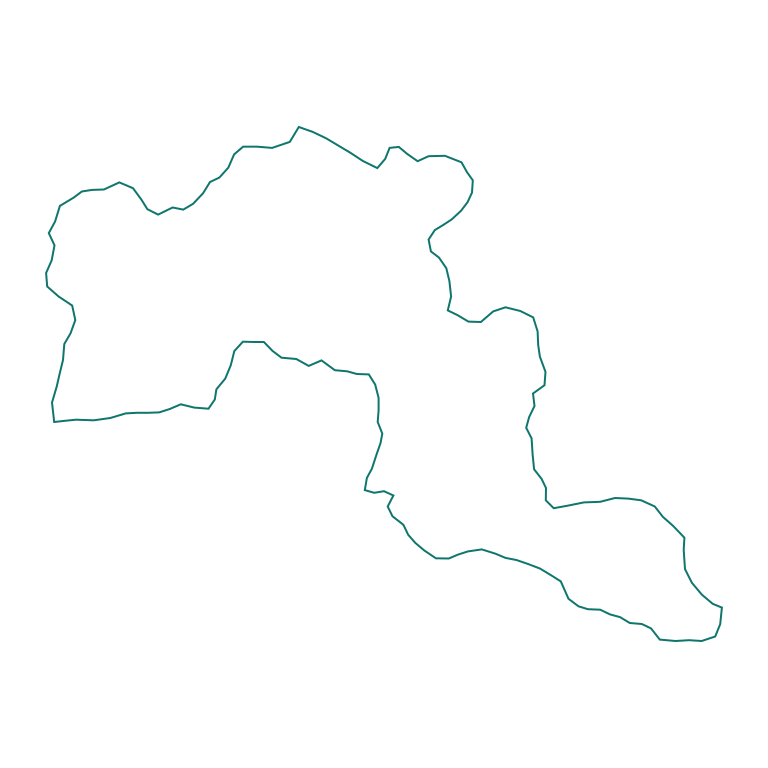 Itanhandu, Minas Gerais, Brazil (Mercator projection)
{"feature_id": "56859067B19026376287302", "entity_name": "Itanhandu", "entity_type": "district", "adm_level": 2, "iso_a3": "BRA", "parent_name": "Brazil", "parent_adm1": "Minas Gerais", "projection": "mercator", "projection_center": [-44.912, -22.329], "detail": "fine", "context": "isolated", "style": "outline", "palette": "teal", "viewbox_px": 768, "rotation_deg": 0, "n_neighbors": 0, "source": "geoboundaries", "source_scale": "gbopen_adm2", "svg_char_len": 2300}
<svg xmlns="http://www.w3.org/2000/svg" viewBox="0 0 768 768"><path d="M461.5,162.3L444.9,155.8L428.6,156.2L417.6,161.2L406.9,153.7L398.8,146.9L389.6,147.9L385.2,158.9L377.3,168.1L362.9,161.0L350.9,153.1L337.7,145.2L326.3,138.4L312.7,131.9L298.8,127.0L289.8,141.9L272.1,147.9L257.3,146.7L243.1,146.7L234.1,154.4L228.3,167.7L219.3,177.6L210.0,182.0L203.1,193.2L193.1,203.8L183.3,209.6L172.6,207.5L158.1,214.6L147.4,209.2L141.4,199.6L133.0,188.2L119.3,182.4L103.9,189.5L92.0,189.9L81.8,191.5L74.0,197.4L59.9,205.9L55.1,221.5L48.8,233.1L54.5,245.3L51.7,260.3L46.1,273.0L47.2,286.5L58.6,296.5L72.2,305.6L75.3,320.1L70.5,333.4L64.3,344.0L63.0,360.0L59.5,374.4L56.7,386.6L52.0,402.6L54.2,422.0L64.0,420.9L75.9,419.7L93.9,420.3L110.3,418.0L125.7,413.4L136.6,412.8L147.8,412.8L159.1,412.4L169.5,409.1L180.8,404.3L194.3,407.6L208.5,408.7L214.8,399.5L216.4,389.3L225.2,378.7L230.8,365.2L234.3,351.1L242.9,341.7L254.4,342.0L263.9,342.0L272.5,350.9L281.5,357.7L296.3,359.0L308.7,365.9L321.5,360.4L334.8,370.2L347.1,371.3L356.9,374.0L368.8,374.4L375.2,384.6L378.6,397.9L378.6,410.1L377.7,422.0L382.3,433.6L380.5,443.2L376.7,454.0L371.9,468.7L366.9,477.9L364.8,490.1L374.2,492.8L384.0,491.2L393.4,495.5L387.7,506.5L392.5,516.3L403.4,524.8L408.2,534.8L415.3,542.9L424.2,550.4L435.9,558.3L448.8,558.5L458.0,554.6L468.0,551.4L481.8,549.4L495.5,553.7L505.5,557.9L516.4,560.0L527.2,563.7L539.9,568.5L550.5,574.9L560.8,581.4L568.5,598.8L578.5,606.3L587.9,609.2L600.2,609.7L610.0,614.4L620.0,617.1L629.8,623.0L641.8,624.0L651.0,628.4L659.8,639.6L675.6,641.0L689.1,640.2L701.7,641.0L715.2,636.5L720.2,624.2L721.9,607.6L712.7,603.8L701.9,594.7L691.9,582.8L685.0,569.1L683.7,550.0L684.4,537.7L673.1,525.9L662.9,516.9L654.8,506.5L641.2,500.3L628.3,498.6L615.0,498.0L600.2,501.8L583.9,502.4L567.6,505.7L553.7,508.2L545.8,500.3L546.0,488.0L541.6,478.9L534.1,469.3L532.6,454.4L531.6,438.4L526.2,427.8L529.1,417.2L534.5,406.0L533.0,393.5L544.5,385.2L545.5,371.9L539.9,356.7L538.2,345.1L537.6,331.4L533.2,317.4L520.3,311.0L505.5,307.3L493.2,311.4L480.9,322.0L468.4,321.6L458.0,315.4L447.8,310.4L451.1,296.5L449.4,281.1L446.3,268.2L439.0,257.6L430.9,251.4L428.6,239.5L434.9,230.0L443.8,224.6L451.7,219.4L461.1,210.7L467.6,202.1L472.0,192.6L472.8,180.3L467.0,172.2L461.5,162.3Z" fill="none" stroke="#0f766e" stroke-width="2"/></svg>